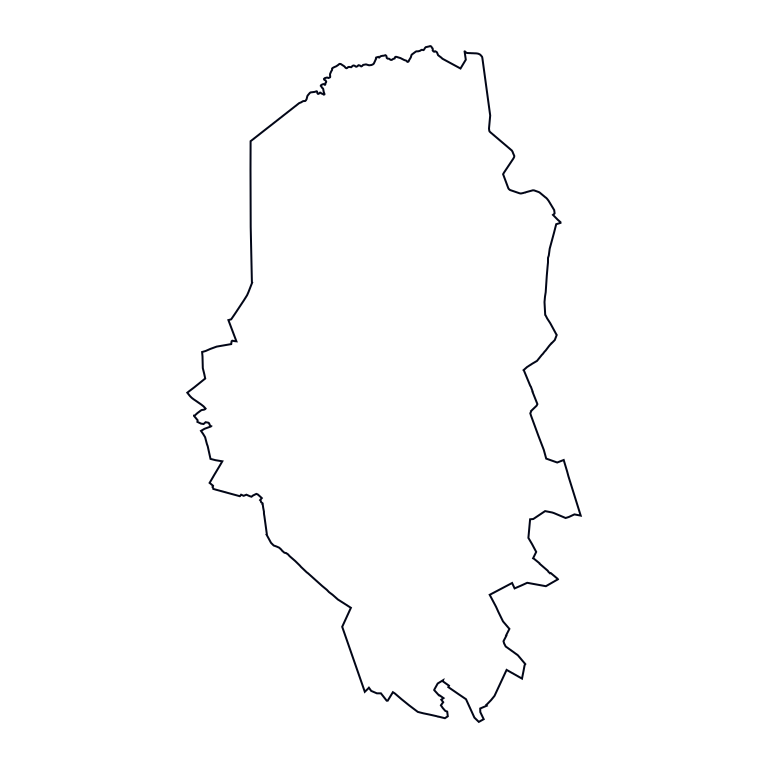 Burtnieku pag., Burtnieku, Latvia (orthographic projection)
{"feature_id": "27541924B29560801732467", "entity_name": "Burtnieku pag.", "entity_type": "district", "adm_level": 2, "iso_a3": "LVA", "parent_name": "Latvia", "parent_adm1": "Burtnieku", "projection": "orthographic", "projection_center": [25.298, 57.686], "detail": "fine", "context": "isolated", "style": "outline", "palette": "ink", "viewbox_px": 768, "rotation_deg": 0, "n_neighbors": 0, "source": "geoboundaries", "source_scale": "gbopen_adm2", "svg_char_len": 5890}
<svg xmlns="http://www.w3.org/2000/svg" viewBox="0 0 768 768"><path d="M250.6,141.2L250.5,169.5L250.7,226.8L251.9,282.2L252.2,282.5L248.5,292.0L247.1,295.2L243.9,300.3L234.9,313.9L231.2,319.3L228.4,320.1L236.4,341.3L234.4,341.1L232.3,340.7L231.6,341.3L231.2,344.1L216.7,346.6L210.4,348.9L205.6,351.0L202.1,352.0L202.5,356.4L202.8,368.1L204.3,374.2L205.2,378.5L194.2,387.4L189.7,390.8L187.3,392.7L190.0,396.1L191.7,397.8L193.5,399.2L201.2,404.5L203.6,406.4L205.6,408.6L205.2,409.1L203.9,409.7L201.8,410.0L201.0,410.4L197.4,413.1L195.1,415.2L194.4,415.7L194.0,415.7L194.0,415.9L197.6,420.2L197.4,421.9L201.0,423.6L203.6,424.0L205.6,422.2L208.3,422.7L209.1,423.3L209.6,424.7L210.0,425.3L210.5,425.9L211.1,426.2L210.8,426.5L204.5,428.8L201.0,430.9L203.1,433.9L205.1,437.2L206.9,444.0L207.7,446.2L210.5,458.9L215.6,460.2L222.3,461.3L220.3,464.8L214.2,475.0L212.0,478.8L209.6,482.9L213.1,485.8L213.1,486.0L212.5,487.0L213.4,488.6L213.4,489.0L239.8,496.2L240.0,496.1L241.1,494.7L243.7,495.8L246.4,494.7L249.8,496.2L251.5,496.7L253.0,495.5L256.3,493.9L257.7,494.4L259.9,496.3L261.8,498.1L260.1,500.1L260.4,500.4L260.8,501.0L261.2,502.3L262.5,503.2L262.7,503.7L262.5,504.2L262.7,504.3L263.2,507.8L264.0,512.0L263.9,512.8L264.1,514.6L264.4,516.3L266.9,534.6L266.6,534.7L271.0,542.8L273.7,545.5L276.5,546.5L279.2,547.7L281.4,549.7L281.8,550.4L284.1,552.5L285.0,552.9L286.0,553.0L286.6,553.5L287.3,553.8L288.4,554.7L288.7,555.2L290.0,556.5L295.2,561.0L299.9,565.6L301.0,566.9L306.8,572.4L307.8,573.1L322.2,586.0L326.8,589.8L329.0,592.1L332.7,594.9L337.9,599.5L350.9,607.8L342.2,626.8L364.8,691.8L367.9,688.8L368.9,687.7L371.2,690.9L376.8,693.3L380.9,693.3L386.7,700.7L387.7,700.7L392.9,692.2L394.9,693.5L401.4,699.1L409.2,705.4L417.8,711.9L423.3,713.3L429.6,714.6L436.7,716.2L438.2,716.7L438.4,716.6L444.9,718.2L447.8,716.3L447.2,711.6L445.3,710.9L442.9,708.2L440.9,705.3L443.2,702.2L441.3,699.7L443.5,698.1L439.5,695.3L439.2,695.5L438.9,695.3L434.2,690.1L434.2,689.9L434.7,688.9L437.7,683.5L443.1,680.2L442.8,681.3L449.0,685.7L448.3,687.1L459.2,694.6L466.0,699.2L474.4,717.6L478.8,721.9L483.7,719.2L480.3,712.1L480.2,708.5L486.8,705.7L486.3,704.9L487.0,704.3L490.7,700.5L491.0,700.2L494.5,695.9L506.6,669.9L522.0,678.6L523.5,671.1L524.6,665.2L525.3,664.1L517.8,655.2L505.7,646.5L504.1,643.4L503.5,641.2L506.4,635.6L506.1,635.4L509.4,628.9L503.0,621.4L498.4,612.0L496.1,606.9L489.7,594.8L512.1,583.0L514.6,588.4L521.3,585.5L527.2,582.8L545.9,586.2L557.9,579.3L557.7,578.9L550.8,573.1L550.6,573.0L550.0,573.3L549.8,573.1L548.4,571.8L547.8,570.8L539.6,563.7L539.6,563.4L539.3,563.1L533.9,558.7L533.1,558.3L536.2,551.9L532.1,544.2L528.4,537.9L530.1,519.3L533.3,519.0L545.1,511.1L552.2,512.5L554.0,513.1L565.6,518.0L568.8,517.0L574.4,514.4L580.7,515.6L568.4,476.2L567.2,471.7L563.7,460.0L557.2,462.5L546.2,458.6L543.8,449.9L538.4,435.8L531.0,415.6L530.3,413.3L531.3,411.0L531.2,410.9L536.6,405.7L537.4,404.1L532.5,391.8L532.7,391.7L530.8,386.5L530.5,386.2L530.3,385.9L524.5,371.9L523.9,370.4L523.6,370.1L527.1,367.0L532.4,363.6L537.0,360.9L542.0,354.7L542.6,354.2L544.6,351.6L545.6,350.6L549.0,346.1L551.3,343.4L551.4,343.5L554.8,340.0L556.7,335.0L556.6,334.9L550.2,323.1L547.2,318.5L545.4,315.0L545.2,314.9L544.5,302.1L545.0,296.6L545.7,292.2L546.8,275.6L547.6,266.4L548.0,262.5L548.0,257.9L548.8,255.5L549.7,248.7L554.0,232.8L556.2,224.2L560.5,222.9L560.5,222.2L557.6,219.6L553.0,214.9L554.3,213.8L554.6,213.3L554.2,210.1L548.6,200.8L547.0,198.7L546.0,197.7L545.6,197.5L539.6,192.5L538.6,192.0L534.1,190.4L532.9,190.3L525.9,192.2L525.4,192.5L524.5,192.6L523.3,193.0L520.9,193.5L519.6,193.3L510.0,190.0L508.8,189.0L508.3,188.2L503.1,174.2L504.0,172.6L513.4,158.5L514.1,157.1L514.3,156.0L513.1,153.2L512.5,151.6L511.8,150.5L490.4,132.3L489.6,131.5L489.3,130.8L489.2,130.1L489.0,128.6L489.1,127.4L490.2,115.5L482.4,58.3L482.2,57.3L482.0,56.7L480.8,55.3L480.2,54.7L479.6,54.3L478.2,53.7L476.6,53.4L467.0,53.0L466.2,52.6L464.8,51.4L464.6,51.5L465.8,59.7L460.5,68.5L442.4,58.7L441.4,57.7L438.1,55.2L437.1,52.7L436.5,51.9L435.2,51.3L434.9,51.5L434.5,51.4L434.1,51.7L433.4,51.3L432.7,50.5L432.8,49.4L432.6,48.4L432.1,48.0L431.6,47.1L431.3,46.6L430.7,46.2L430.1,46.1L429.2,46.4L425.7,47.2L424.9,48.1L424.0,49.7L423.4,50.1L421.9,49.8L421.1,50.1L419.8,50.9L418.2,51.3L416.7,51.3L415.8,51.6L411.9,54.5L411.5,55.0L410.8,57.4L409.1,60.2L408.6,61.4L407.8,61.9L407.2,61.7L406.7,61.0L406.3,60.7L404.2,60.0L400.5,58.1L396.6,56.9L395.5,56.9L395.0,57.3L394.8,58.1L394.6,58.5L393.4,58.8L391.7,59.9L390.5,59.8L389.3,58.9L388.9,58.7L387.8,58.7L387.0,58.2L386.7,57.8L386.5,56.5L386.4,56.1L385.9,55.5L385.4,55.2L383.8,55.7L382.4,55.8L380.8,56.2L380.2,56.5L379.3,57.5L379.0,57.5L378.3,56.9L376.2,57.5L375.9,58.1L376.1,58.6L376.1,58.8L375.6,59.6L375.3,60.4L373.8,63.6L373.0,64.3L371.5,65.0L369.1,65.3L366.0,64.4L363.2,64.9L362.1,66.0L361.2,66.4L360.0,65.6L358.7,65.2L358.1,65.5L357.5,66.2L356.4,66.7L355.8,66.6L354.7,65.8L353.8,65.5L352.9,65.7L352.3,66.1L351.6,66.9L351.2,67.2L349.0,66.9L348.2,67.1L347.1,68.0L346.6,68.2L346.1,68.1L345.5,67.7L344.4,66.4L341.2,64.3L340.7,64.0L339.7,63.9L339.2,64.1L338.0,65.1L336.2,66.3L334.3,67.1L332.8,67.9L332.1,68.5L332.1,69.9L331.2,71.4L330.1,73.9L330.0,75.0L330.2,76.1L330.1,77.2L329.5,77.6L328.3,78.0L327.5,77.6L326.6,77.6L324.7,78.2L324.0,78.9L324.1,79.5L324.5,79.9L325.5,80.4L326.2,81.6L326.1,82.2L326.0,82.5L325.7,82.7L325.4,83.2L325.3,84.4L325.0,84.8L324.8,84.8L324.0,84.2L323.3,84.1L321.8,84.7L321.3,85.0L320.8,85.6L320.8,85.9L321.3,86.4L321.9,87.5L322.2,87.9L322.9,88.4L323.2,89.0L323.7,91.8L324.5,94.1L324.4,94.4L323.9,94.6L323.7,94.6L322.9,94.0L321.3,93.4L320.6,92.7L319.9,92.7L318.8,93.7L318.1,93.9L317.8,93.7L317.4,93.2L317.1,91.8L317.0,91.5L316.5,91.3L314.7,91.9L310.7,92.4L310.1,92.7L309.6,93.2L307.6,95.6L307.3,96.3L306.6,99.1L305.9,100.3L305.4,100.8L305.1,101.0L303.4,101.1L302.8,101.3L301.0,102.4L299.2,103.1L250.6,141.2Z" fill="none" stroke="#020617" stroke-width="2"/></svg>